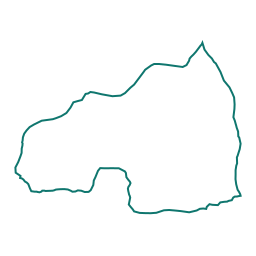 Dekina, Kogi, Nigeria (Albers equal-area conic projection)
{"feature_id": "59680162B92999716235821", "entity_name": "Dekina", "entity_type": "district", "adm_level": 2, "iso_a3": "NGA", "parent_name": "Nigeria", "parent_adm1": "Kogi", "projection": "albers", "projection_center": [7.147, 7.599], "detail": "fine", "context": "isolated", "style": "outline", "palette": "teal", "viewbox_px": 256, "rotation_deg": 0, "n_neighbors": 0, "source": "geoboundaries", "source_scale": "gbopen_adm2", "svg_char_len": 2179}
<svg xmlns="http://www.w3.org/2000/svg" viewBox="0 0 256 256"><path d="M202.4,42.8L201.6,44.6L200.7,45.4L195.9,51.8L193.4,54.6L191.2,56.7L189.6,58.6L189.1,60.7L186.5,65.1L182.6,67.0L166.0,64.7L159.1,64.0L154.1,64.0L151.1,65.5L145.5,69.5L145.1,69.8L143.8,71.7L134.1,84.6L130.4,87.7L128.1,90.0L125.0,93.1L120.6,95.6L112.5,96.2L101.8,94.3L94.1,92.5L90.4,92.0L88.1,93.5L85.6,93.9L81.9,100.0L77.6,101.1L73.4,102.3L70.5,107.6L66.4,113.0L61.1,116.2L55.9,118.2L52.8,119.2L41.7,120.7L34.0,124.5L29.6,127.1L26.5,130.5L24.2,133.7L22.9,137.4L22.8,138.6L22.6,140.6L22.1,142.4L22.6,143.5L22.4,145.7L21.7,148.6L21.6,152.9L20.4,156.4L18.2,162.1L15.4,167.5L15.7,172.7L20.5,175.9L20.1,178.0L21.8,178.4L23.4,179.5L24.9,181.5L26.8,182.6L28.3,184.1L30.0,188.5L31.3,191.2L34.8,191.7L36.9,191.7L37.2,191.9L39.5,192.3L41.4,191.6L42.2,190.7L42.8,190.7L44.1,190.6L45.6,191.0L47.5,190.9L50.3,190.8L52.5,190.7L54.2,190.3L55.8,189.6L57.5,189.4L60.4,189.2L64.2,189.1L67.9,189.5L70.9,190.8L72.4,191.7L75.4,191.5L77.8,190.4L81.2,190.7L84.7,192.0L88.1,191.9L88.6,191.9L90.7,190.2L93.3,185.0L93.8,180.5L95.4,177.2L98.0,170.8L100.2,168.1L105.0,168.3L111.7,168.2L118.9,168.3L124.9,171.4L125.9,173.0L126.4,177.2L128.3,179.8L129.9,181.7L130.5,183.1L129.6,185.2L128.4,186.9L127.9,188.7L128.3,191.2L128.7,192.7L129.1,194.6L129.7,195.8L130.2,197.6L128.8,204.5L130.5,206.7L131.7,208.1L132.8,209.4L134.1,211.4L139.7,212.9L142.3,213.0L144.8,213.1L150.7,213.2L154.7,212.9L156.3,212.8L163.9,210.3L169.2,210.0L174.9,210.5L180.8,211.1L189.2,212.3L196.7,210.5L199.9,208.8L203.3,208.5L206.2,208.9L206.8,206.8L209.5,204.2L212.3,204.8L217.9,205.1L220.3,202.4L224.2,201.8L227.2,201.6L228.5,200.9L231.8,200.2L233.2,197.6L234.7,196.6L237.1,196.5L238.7,196.1L240.6,195.8L240.2,194.2L239.1,192.0L237.6,189.7L236.2,184.3L235.5,179.2L235.6,174.6L235.6,170.1L236.3,165.6L237.1,163.4L236.9,157.3L237.6,155.8L238.5,152.9L239.7,149.2L240.6,143.7L239.2,137.5L238.3,136.4L238.1,131.5L236.7,127.7L236.0,124.9L235.9,124.7L234.8,120.7L233.4,117.2L234.4,109.1L234.6,104.4L234.1,97.4L232.3,93.2L229.5,87.4L223.9,80.6L220.5,72.0L215.8,63.4L214.0,62.0L211.9,58.5L208.4,55.0L204.5,49.6L202.4,42.8Z" fill="none" stroke="#0f766e" stroke-width="2"/></svg>